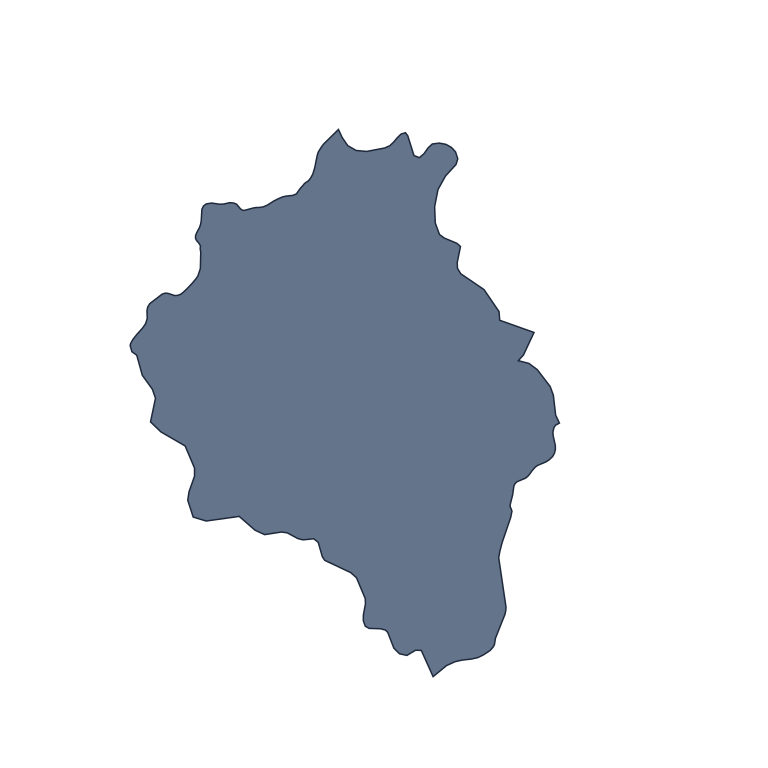 the border of Puy-de-Dôme, rotated 40°
{"feature_id": "FRA-5335", "entity_name": "Puy-de-Dôme", "entity_type": "Metropolitan department", "adm_level": 1, "iso_a3": "FRA", "parent_name": "France", "parent_adm1": "", "projection": "mercator", "projection_center": [3.052, 45.776], "detail": "fine", "context": "isolated", "style": "filled", "palette": "slate", "viewbox_px": 768, "rotation_deg": 40, "n_neighbors": 0, "source": "natural_earth", "source_scale": "10m", "svg_char_len": 2606}
<svg xmlns="http://www.w3.org/2000/svg" viewBox="0 0 768 768"><g transform="rotate(40 384 384)"><path d="M283.7,159.4L289.6,160.2L295.8,164.1L298.1,169.6L297.4,185.1L300.4,200.4L308.8,215.6L319.8,227.7L330.4,233.8L336.2,233.5L349.3,229.4L354.2,229.5L362.1,244.0L366.0,248.2L371.9,250.2L400.0,247.4L425.6,254.6L431.7,260.8L465.8,248.1L472.2,272.1L471.9,279.8L481.7,275.1L492.2,274.5L512.9,279.1L520.9,283.7L535.5,297.5L543.5,301.2L541.9,305.2L542.2,308.1L544.2,312.1L546.6,314.7L554.8,321.0L557.4,324.0L559.1,327.5L559.8,331.2L559.2,336.1L558.2,339.4L554.3,347.0L553.6,349.0L553.3,350.7L553.2,353.1L553.2,355.9L553.5,359.0L553.5,362.1L553.0,365.0L548.8,373.2L548.4,375.9L549.1,378.7L553.9,386.4L558.3,395.5L559.6,397.0L561.5,397.8L563.8,399.2L566.8,404.7L576.4,429.5L580.2,437.5L583.5,443.3L621.0,476.6L623.1,479.6L624.7,482.6L632.8,507.1L636.1,512.6L636.7,515.4L636.6,519.9L634.1,528.1L631.6,533.5L627.7,538.6L621.5,545.1L616.9,551.1L612.9,559.5L609.7,576.6L583.8,564.1L579.3,567.7L576.0,577.2L569.3,580.7L561.3,580.0L546.6,571.9L543.2,571.6L538.6,573.8L529.7,580.8L525.4,581.6L520.3,578.6L516.8,574.4L511.0,564.2L507.5,560.4L487.4,550.1L479.7,549.9L452.0,557.2L447.7,555.9L435.4,547.6L429.7,547.7L422.2,555.4L417.4,557.8L405.6,560.2L400.6,563.3L389.4,576.1L379.2,578.9L358.2,578.5L335.8,603.3L323.4,608.6L308.4,599.2L303.9,591.9L298.1,576.4L292.9,570.2L271.5,559.3L243.9,564.1L229.5,563.1L218.1,541.8L209.9,536.9L193.3,532.7L176.1,520.9L170.1,521.3L164.8,517.7L163.9,515.9L163.0,511.3L162.8,504.9L163.1,496.4L162.6,491.0L160.5,486.0L155.3,480.2L153.5,476.9L152.9,473.0L156.3,457.7L158.1,454.9L160.5,453.3L166.8,450.8L168.7,449.0L170.0,447.1L170.7,445.4L171.2,443.2L171.8,438.6L172.3,430.5L172.3,423.8L172.0,420.9L169.1,413.6L160.8,403.2L159.0,400.9L156.4,398.7L154.8,396.5L154.1,395.9L151.1,395.0L148.6,394.7L146.1,393.7L144.3,391.5L143.3,388.6L142.0,382.5L140.8,379.5L139.1,376.5L132.2,367.2L131.3,363.7L132.1,360.3L135.6,356.2L142.3,352.1L145.5,349.2L149.2,344.3L152.5,342.0L155.5,341.0L161.6,342.1L163.4,341.9L164.6,341.5L165.9,340.1L170.5,333.5L172.5,331.1L174.9,329.0L177.6,326.0L179.7,321.8L182.0,314.5L184.0,309.9L185.9,306.1L188.2,303.0L193.1,297.9L194.7,294.6L194.1,287.9L194.3,283.6L194.2,281.5L195.5,276.7L195.4,273.3L194.5,268.9L191.7,262.4L186.2,252.4L184.6,248.8L183.8,243.4L183.5,239.2L185.5,218.3L193.6,222.1L203.0,224.7L212.6,223.0L221.3,216.9L232.8,202.8L235.3,197.7L235.9,192.5L235.9,186.8L236.4,181.6L238.9,177.7L242.7,178.6L260.1,189.7L265.6,187.9L266.6,181.9L266.0,174.7L266.7,169.1L271.5,163.9L277.4,160.6L283.7,159.4Z" fill="#64748b" stroke="#1e293b" stroke-width="1.5"/></g></svg>